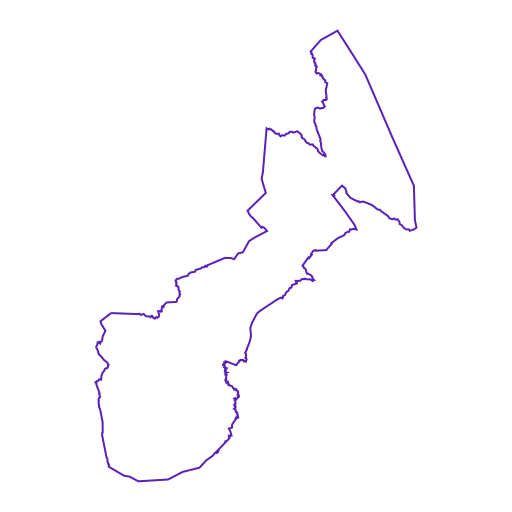 the district of Våler nor, Hedmark, Norway
{"feature_id": "86288312B45853408060445", "entity_name": "Våler nor", "entity_type": "district", "adm_level": 2, "iso_a3": "NOR", "parent_name": "Norway", "parent_adm1": "Hedmark", "projection": "albers", "projection_center": [11.908, 60.813], "detail": "fine", "context": "isolated", "style": "outline", "palette": "violet", "viewbox_px": 512, "rotation_deg": 0, "n_neighbors": 0, "source": "geoboundaries", "source_scale": "gbopen_adm2", "svg_char_len": 6057}
<svg xmlns="http://www.w3.org/2000/svg" viewBox="0 0 512 512"><path d="M97.0,381.1L96.6,381.9L95.5,382.2L96.3,383.5L96.6,385.2L99.6,393.2L99.1,393.4L99.2,394.3L100.1,396.9L98.9,398.2L98.6,399.3L98.6,400.1L98.9,400.3L98.6,402.3L98.8,404.5L99.3,405.2L98.9,406.5L100.3,410.0L102.6,422.2L102.7,432.4L102.3,432.7L102.1,435.1L106.4,456.8L107.5,459.2L107.3,461.2L108.0,462.5L108.1,463.9L108.7,464.1L109.1,465.1L108.7,466.7L124.0,475.7L129.5,476.6L138.3,481.3L168.1,479.5L182.6,471.9L199.5,467.7L206.1,460.5L212.9,455.6L214.8,453.1L215.9,452.3L216.4,453.0L217.7,452.5L218.5,450.6L217.4,450.7L225.5,442.3L225.2,441.7L225.5,441.2L227.1,440.8L229.6,437.9L228.9,436.9L229.7,436.3L229.2,435.6L231.5,435.6L230.5,431.8L228.9,428.6L232.1,427.5L232.0,425.6L232.3,424.2L234.7,420.8L236.1,417.6L236.5,418.6L238.3,417.4L237.8,416.3L237.9,415.2L237.0,413.8L237.3,413.2L236.7,412.9L236.6,411.8L235.9,411.8L235.4,410.4L235.6,409.5L234.2,408.8L235.7,407.8L234.9,407.9L235.4,407.2L234.9,406.5L235.5,406.0L234.2,404.7L235.6,403.6L235.1,402.1L235.4,401.6L235.4,400.8L234.8,400.2L235.5,399.8L234.3,398.6L235.5,398.1L235.8,398.7L236.9,398.7L238.9,396.7L238.8,395.9L238.3,395.5L237.9,395.9L237.7,395.2L238.6,394.9L237.8,393.7L238.2,392.3L237.9,392.0L237.9,391.2L237.0,390.7L236.5,389.5L236.1,389.4L236.2,390.0L235.9,390.1L235.0,389.0L234.1,389.5L234.0,389.1L234.5,388.7L233.4,388.4L232.0,386.2L228.4,385.0L228.2,384.3L228.7,384.0L228.1,383.4L228.0,382.5L227.3,383.2L226.2,382.6L226.1,382.0L226.7,381.1L226.0,381.5L225.6,380.8L226.2,380.6L225.5,379.9L225.7,379.0L226.2,378.9L226.0,377.1L226.6,375.2L225.5,375.1L225.4,374.5L225.9,373.9L225.4,373.3L226.8,372.6L225.8,372.4L226.2,371.8L225.7,371.3L225.3,371.9L224.7,371.1L225.3,370.1L225.1,369.4L226.0,369.3L226.8,368.2L224.5,367.3L224.9,367.0L224.6,366.7L224.7,365.8L223.8,365.5L224.1,365.0L223.1,365.0L223.3,364.0L225.1,363.0L224.6,362.9L225.1,362.4L224.5,361.9L225.7,361.2L236.1,365.2L239.1,361.6L239.1,360.9L239.8,361.0L240.3,360.0L243.1,360.0L243.6,360.3L243.8,361.2L244.4,360.8L245.8,361.7L246.6,359.5L246.2,358.1L245.4,357.8L246.2,356.1L245.8,354.9L246.1,353.9L245.1,352.8L247.0,349.3L246.7,349.1L249.0,343.6L250.5,338.8L251.0,335.8L250.3,327.9L252.1,322.6L257.0,313.5L260.1,310.8L277.6,299.2L281.0,297.6L282.4,298.4L283.0,297.5L282.8,297.1L283.2,295.9L284.9,295.1L286.5,291.9L288.2,291.0L289.7,288.0L291.1,287.8L291.7,286.8L291.8,285.2L296.9,283.4L296.9,282.8L296.1,282.1L295.7,280.9L299.9,280.9L302.1,279.0L304.0,279.2L304.7,278.6L306.6,279.3L310.2,279.3L312.5,281.0L314.2,280.2L312.5,278.4L312.6,277.7L311.7,275.9L308.3,273.7L306.9,273.7L305.5,268.9L303.9,267.9L303.4,266.4L302.5,265.6L308.4,257.5L309.0,258.2L311.8,254.7L311.0,254.0L313.3,250.9L315.5,250.1L315.7,250.7L326.2,250.1L331.7,243.8L331.3,243.2L337.8,238.2L344.3,235.1L345.4,233.0L347.8,231.8L349.1,231.8L350.2,229.2L351.5,229.6L353.5,228.8L356.4,229.5L354.6,225.1L353.3,223.1L344.8,211.0L332.6,195.1L334.2,195.3L333.9,194.0L342.0,185.6L345.2,188.3L346.6,192.2L346.4,193.1L350.4,197.8L357.6,201.5L358.6,201.2L359.8,202.3L362.2,201.6L364.3,201.9L371.9,205.0L377.9,209.7L379.8,209.7L381.1,211.2L387.6,215.7L389.7,218.4L392.5,219.3L394.1,218.5L395.7,219.7L397.7,219.3L399.4,221.9L399.7,224.1L401.7,225.1L403.2,227.2L406.0,229.4L408.9,229.4L409.7,230.8L413.8,229.4L416.5,227.7L414.9,220.1L413.9,185.8L392.3,137.3L365.3,74.5L352.9,54.9L337.5,30.7L320.8,40.0L310.6,51.6L311.6,52.5L311.2,53.8L311.9,53.9L312.6,55.0L312.7,57.9L314.8,58.4L314.8,59.3L314.1,60.3L314.3,62.3L315.4,63.0L314.9,63.9L316.0,65.3L315.5,65.8L316.8,66.8L316.4,67.3L315.8,70.0L316.1,70.6L315.5,71.8L316.6,73.5L318.0,73.0L319.6,73.5L320.7,74.1L320.4,75.1L322.1,75.4L321.8,76.4L322.8,77.2L322.9,78.2L323.5,78.5L323.7,79.3L325.3,80.3L325.1,81.9L327.3,83.3L325.7,90.6L326.5,96.3L326.0,97.6L326.7,98.2L326.7,99.4L326.1,100.0L323.7,99.9L322.1,101.7L323.0,102.7L323.8,104.8L324.8,106.3L323.2,108.1L321.9,107.9L320.1,108.7L317.6,107.5L316.6,108.2L315.7,108.1L314.9,109.0L314.1,113.7L314.7,117.8L314.2,120.6L314.4,122.1L315.5,124.4L315.7,125.9L316.4,126.5L316.5,128.6L317.2,130.7L320.6,139.3L320.2,141.1L321.0,142.9L321.2,146.6L322.0,150.6L324.3,153.0L325.5,155.0L325.6,156.3L324.6,156.1L324.3,154.7L322.7,155.2L319.3,152.6L318.0,151.2L318.0,150.0L317.0,148.5L313.6,145.9L312.7,144.4L310.0,144.7L307.9,142.9L306.6,142.7L304.4,139.3L302.0,137.9L301.4,135.6L301.6,135.2L301.1,134.3L297.5,131.3L293.4,132.6L291.7,131.7L289.7,131.8L288.7,133.3L286.0,133.9L284.6,135.6L282.1,135.2L280.6,136.4L278.8,134.6L278.8,133.7L277.0,133.9L275.1,133.3L274.4,132.1L273.6,131.7L273.5,130.9L272.5,130.7L271.2,129.3L270.1,129.4L269.4,128.7L268.3,129.4L266.6,128.3L262.9,172.1L261.6,178.9L265.8,192.9L247.5,210.8L248.3,211.9L248.8,213.5L251.1,216.7L252.7,217.7L261.4,227.7L262.2,226.8L264.4,227.9L267.0,231.0L254.0,237.9L249.0,241.2L242.9,252.3L238.2,253.4L234.1,259.2L230.7,258.0L224.9,257.9L207.1,265.4L207.2,266.0L206.8,266.7L205.4,265.8L204.3,267.2L201.8,267.4L200.8,268.5L195.7,269.9L194.9,271.8L190.2,272.6L188.7,273.9L187.7,275.8L182.9,276.8L177.9,279.0L176.8,278.8L175.6,280.6L176.2,281.3L175.9,282.0L176.6,282.8L176.2,283.4L176.2,284.6L176.6,285.0L176.2,285.9L178.3,286.7L178.3,287.3L178.7,288.0L178.4,289.0L179.1,290.9L179.8,291.5L179.4,293.2L180.2,294.3L179.4,295.5L179.6,296.3L177.0,299.4L177.0,300.8L176.4,301.9L166.5,302.5L164.1,305.0L163.6,306.8L162.6,306.2L162.0,306.6L162.4,307.8L161.5,309.1L161.8,311.2L161.1,311.8L160.2,311.1L158.1,311.2L159.1,314.5L159.1,316.3L157.4,317.8L156.4,317.0L155.4,317.6L155.2,318.5L154.3,318.5L153.3,317.9L152.2,315.9L151.6,315.8L150.7,317.1L150.3,316.5L146.8,316.4L145.5,315.8L143.7,313.9L141.0,314.9L139.4,313.7L138.1,314.1L111.7,313.1L110.5,313.5L100.5,321.3L101.2,323.8L105.4,330.8L102.7,336.3L102.1,340.6L101.5,341.5L100.0,341.9L100.3,342.9L100.1,343.6L98.9,342.9L98.9,342.0L97.7,342.3L97.2,345.1L96.2,346.5L96.4,347.9L98.0,351.0L98.6,354.1L101.0,356.2L104.0,360.0L107.1,362.4L108.6,364.9L107.9,365.5L107.9,367.1L107.2,368.2L105.9,368.2L104.7,369.2L104.4,370.5L102.6,372.7L101.6,375.3L101.1,379.7L99.3,379.3L97.8,381.2L97.0,381.1Z" fill="none" stroke="#5b21b6" stroke-width="2"/></svg>